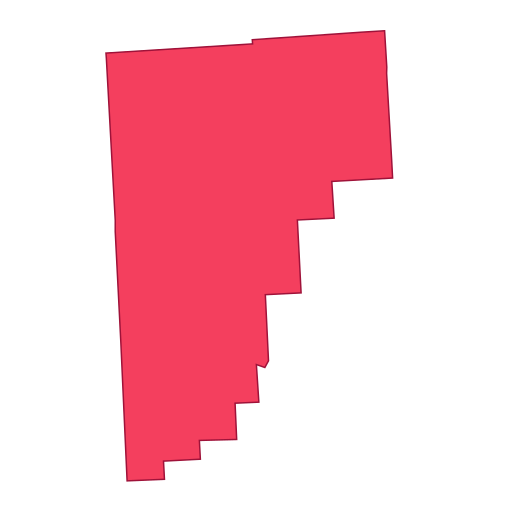 outline of Washakie, Wyoming, United States of America, rotated 267°
{"feature_id": "52423323B98005651904481", "entity_name": "Washakie", "entity_type": "district", "adm_level": 2, "iso_a3": "USA", "parent_name": "United States of America", "parent_adm1": "Wyoming", "projection": "orthographic", "projection_center": [-107.8, 43.834], "detail": "fine", "context": "isolated", "style": "filled", "palette": "rose", "viewbox_px": 512, "rotation_deg": 267, "n_neighbors": 0, "source": "geoboundaries", "source_scale": "gbopen_adm2", "svg_char_len": 525}
<svg xmlns="http://www.w3.org/2000/svg" viewBox="0 0 512 512"><g transform="rotate(267 256 256)"><path d="M474.2,396.2L474.0,373.0L472.2,263.6L468.0,263.7L466.5,116.8L461.0,116.9L298.9,117.3L287.8,116.7L176.7,116.5L38.2,115.5L37.8,152.9L56.0,152.9L56.0,189.8L74.8,189.8L73.8,227.1L110.1,227.4L109.9,251.2L147.6,250.7L144.2,259.0L150.7,263.0L216.9,263.3L216.8,299.1L289.8,299.2L289.7,336.0L326.5,335.6L326.7,396.5L345.0,396.5L431.6,396.0L437.7,396.5L474.2,396.2Z" fill="#f43f5e" stroke="#9f1239" stroke-width="1.5"/></g></svg>